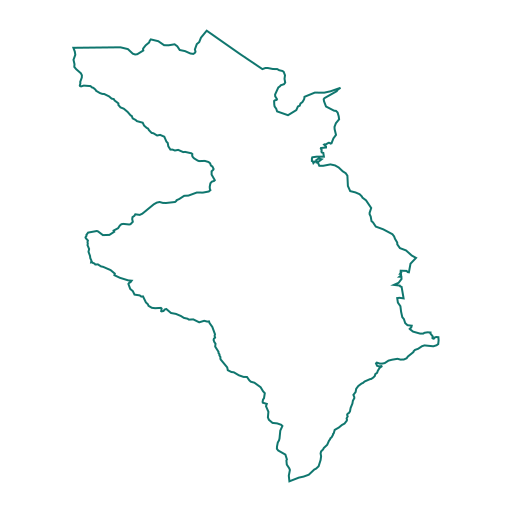 Carlibaba, Suceava, Romania (Robinson projection)
{"feature_id": "2599482B80597695869620", "entity_name": "Carlibaba", "entity_type": "district", "adm_level": 2, "iso_a3": "ROU", "parent_name": "Romania", "parent_adm1": "Suceava", "projection": "robinson", "projection_center": [25.055, 47.601], "detail": "fine", "context": "isolated", "style": "outline", "palette": "teal", "viewbox_px": 512, "rotation_deg": 0, "n_neighbors": 0, "source": "geoboundaries", "source_scale": "gbopen_adm2", "svg_char_len": 5999}
<svg xmlns="http://www.w3.org/2000/svg" viewBox="0 0 512 512"><path d="M289.4,481.3L298.9,477.6L303.6,476.6L308.8,474.7L314.3,469.5L316.0,468.7L318.6,466.3L320.6,460.0L321.1,456.3L320.6,453.4L321.1,451.4L323.1,449.4L323.8,448.0L327.2,444.8L329.0,440.7L330.1,439.3L330.3,438.4L331.6,437.3L333.1,434.6L333.0,434.1L333.8,433.1L334.7,429.9L338.9,427.5L341.9,425.0L344.5,423.6L346.7,420.8L347.0,419.9L346.6,418.4L347.7,416.4L347.1,414.9L347.6,413.8L349.1,412.8L350.0,411.3L350.6,408.0L352.4,403.6L352.9,400.7L354.3,398.2L354.3,397.1L353.4,394.9L355.6,392.0L356.2,388.8L358.3,386.0L361.6,383.5L362.9,383.0L364.6,381.5L370.1,379.1L371.1,379.0L373.2,377.6L374.8,376.0L375.3,374.1L377.1,372.8L377.8,370.8L379.6,367.9L382.2,366.0L379.1,366.4L377.1,365.8L376.0,363.4L376.8,362.6L379.8,363.6L382.1,363.6L384.7,363.1L388.5,360.6L392.1,359.7L397.5,358.8L400.5,359.6L403.8,359.5L406.6,358.3L407.9,356.5L413.4,352.1L413.6,351.3L415.0,349.9L418.1,348.8L422.0,346.2L424.5,345.4L433.3,346.3L436.5,345.3L438.2,344.1L438.6,340.4L438.4,337.2L436.3,337.0L434.9,337.4L433.9,338.6L433.3,338.7L432.4,338.0L432.8,336.5L430.4,333.5L430.5,332.5L427.5,332.3L424.4,332.8L423.2,333.6L420.1,333.6L413.0,331.6L410.1,329.3L409.7,328.9L411.3,327.3L411.7,325.7L407.5,325.2L405.2,323.1L403.9,319.1L402.3,317.2L401.1,311.8L400.4,306.2L397.9,302.6L397.2,298.1L399.5,297.8L403.6,298.4L401.6,286.9L400.1,286.3L399.8,285.6L393.9,284.9L398.6,282.8L401.5,279.0L401.4,276.8L399.5,276.7L401.1,275.4L401.0,274.1L400.0,273.9L401.1,272.5L400.6,272.1L400.7,270.7L406.6,270.9L407.7,272.1L408.9,272.3L410.5,263.7L416.0,257.9L411.7,255.5L406.0,250.4L399.9,248.1L397.3,244.4L397.2,242.5L395.0,238.8L394.1,236.4L392.4,234.2L383.2,229.3L375.8,226.6L373.0,222.4L371.5,221.1L370.7,216.5L369.6,214.2L369.6,212.8L371.2,208.0L366.0,200.3L362.4,197.6L361.9,196.5L359.6,194.2L355.4,192.4L350.2,191.1L347.9,186.0L347.4,175.7L345.7,173.2L342.7,171.3L338.7,167.5L335.0,165.4L330.4,164.4L323.1,165.8L319.3,165.8L318.1,163.0L317.2,162.7L321.6,159.3L319.9,158.9L319.3,158.1L316.3,160.1L316.6,161.4L314.8,161.5L313.4,163.1L312.7,161.2L311.9,161.0L311.9,158.5L312.3,157.3L316.4,156.7L323.9,156.7L323.3,152.9L321.7,152.4L321.4,151.2L321.7,150.0L320.8,148.6L321.0,148.0L326.0,147.5L326.0,146.5L324.1,144.6L324.7,144.3L325.6,144.5L328.6,142.8L329.7,142.9L330.5,143.6L331.5,143.3L333.4,138.4L336.0,134.9L334.6,129.1L334.5,126.9L335.9,123.2L339.1,119.3L338.7,116.3L337.6,112.5L336.0,110.9L334.1,110.7L326.0,106.5L324.0,101.2L323.7,99.2L324.5,98.1L336.7,91.2L337.7,89.7L340.5,87.8L330.5,91.3L324.1,92.7L314.8,92.6L304.5,96.8L304.2,98.9L303.5,100.3L302.4,102.1L300.5,103.5L299.7,105.7L297.9,106.5L296.3,110.1L288.0,115.2L277.1,111.4L276.2,108.7L274.6,106.5L274.3,104.8L274.1,101.0L274.7,100.4L276.6,99.9L277.0,99.2L275.2,96.3L275.1,94.5L278.3,87.5L280.1,86.2L280.7,85.3L284.0,84.2L285.2,82.6L284.5,78.8L285.0,75.3L283.7,71.9L282.5,71.0L279.1,70.2L277.3,69.1L272.8,69.0L267.8,68.0L265.4,68.0L262.4,69.1L240.4,54.3L206.7,30.7L201.0,37.6L199.2,42.1L196.8,44.1L194.9,49.4L195.5,51.8L194.7,53.0L193.3,53.9L190.4,53.5L185.0,51.1L179.7,50.0L177.3,46.3L174.6,44.3L168.5,45.3L164.1,45.2L158.3,41.2L150.8,39.4L149.7,40.9L149.1,42.5L145.7,45.3L143.4,48.2L143.0,49.0L143.3,50.5L137.3,54.2L135.2,54.5L132.8,53.7L127.9,49.1L120.4,47.3L73.4,47.8L74.8,51.6L75.3,54.8L73.5,59.8L74.5,64.2L74.3,66.9L76.2,69.2L80.9,73.3L81.9,75.3L81.8,77.5L80.2,82.0L80.4,83.1L79.8,85.6L80.1,86.1L81.1,86.4L83.8,85.6L90.5,86.1L92.1,87.5L93.3,87.8L95.5,89.7L96.1,90.8L100.0,93.1L102.3,93.9L104.2,94.0L109.1,96.4L111.6,98.6L113.8,99.1L114.5,100.4L118.4,103.4L118.4,105.0L120.5,107.4L123.8,108.7L127.7,112.0L130.7,115.5L131.7,115.9L132.7,118.4L135.7,120.0L136.8,121.1L142.7,122.7L144.1,125.6L146.7,127.9L148.1,128.6L148.9,130.1L151.6,132.9L153.5,133.3L157.1,135.5L160.1,134.9L164.3,136.7L166.4,141.6L167.7,142.9L168.3,146.3L170.4,149.6L172.5,149.6L174.9,150.5L178.2,149.9L183.2,152.1L185.1,151.9L191.4,153.3L192.3,154.0L192.2,155.8L192.7,156.9L194.0,158.3L197.7,160.6L199.1,161.1L204.8,160.9L208.5,162.0L210.1,163.3L210.9,165.5L212.4,166.5L213.6,169.0L213.3,169.7L211.6,171.3L211.6,174.6L214.8,180.2L214.1,180.9L211.8,181.7L210.4,183.3L209.7,186.9L209.9,189.1L210.4,190.1L208.8,191.5L202.9,192.6L196.9,192.5L188.4,195.6L184.2,195.8L179.1,199.1L176.6,200.2L176.3,201.0L175.0,202.0L166.0,203.0L162.8,202.9L159.6,202.0L156.8,202.6L153.8,204.3L142.3,213.7L139.7,214.9L135.3,214.3L134.4,215.8L132.5,217.1L132.2,219.1L132.8,221.8L130.5,224.2L129.2,224.5L123.4,223.9L121.4,224.2L119.8,225.6L118.1,228.2L113.6,230.6L114.2,231.8L109.4,234.9L102.9,235.1L98.0,231.4L96.8,231.0L88.1,232.6L86.4,234.9L86.5,235.8L85.5,237.3L85.8,238.2L87.9,240.5L87.5,242.2L87.8,243.7L87.5,245.1L89.1,249.0L88.5,251.8L90.0,255.9L90.3,258.2L91.4,260.6L91.1,262.4L92.2,262.2L92.6,262.8L94.4,263.5L95.3,264.5L97.9,264.4L101.0,266.4L103.0,266.8L110.6,270.1L114.8,273.6L114.4,275.2L119.9,277.8L128.3,280.4L131.6,280.7L130.5,282.2L129.2,282.8L128.4,283.9L130.2,288.9L132.8,291.1L134.5,294.6L139.7,295.4L141.3,296.6L143.0,296.4L145.9,302.4L147.9,304.3L148.5,305.8L151.8,307.8L155.1,308.2L160.9,307.9L161.6,308.5L161.2,311.2L161.6,311.4L163.5,311.0L164.7,309.5L166.3,309.0L171.0,313.0L175.9,313.9L180.9,316.0L183.9,317.9L187.5,318.7L188.9,319.6L193.3,319.4L199.2,322.3L204.2,320.8L207.3,321.6L209.0,321.4L209.5,323.0L212.3,326.9L215.0,334.3L214.6,335.9L215.1,337.6L213.9,338.7L213.6,340.0L214.3,342.0L215.5,343.7L215.2,346.6L218.5,351.8L218.5,353.0L219.5,354.4L219.4,355.4L220.4,357.0L220.4,358.8L220.7,359.5L227.2,367.4L227.8,370.2L231.4,372.0L233.8,372.3L238.9,375.3L243.5,376.9L247.0,377.0L249.3,380.3L250.8,381.7L254.4,382.7L260.6,387.2L263.0,391.2L264.8,393.2L264.0,398.2L263.0,399.6L262.6,401.9L262.8,402.7L266.8,403.9L266.0,406.2L268.4,411.8L267.9,417.4L268.9,419.8L272.5,422.9L277.2,423.4L281.2,424.8L282.4,426.0L280.3,430.6L279.5,438.5L279.0,440.4L277.8,442.5L277.0,446.5L276.9,448.8L278.2,450.5L285.4,454.6L286.9,459.4L286.4,460.6L286.8,464.6L289.3,468.4L289.9,470.0L288.8,475.7L289.4,481.3Z" fill="none" stroke="#0f766e" stroke-width="2"/></svg>